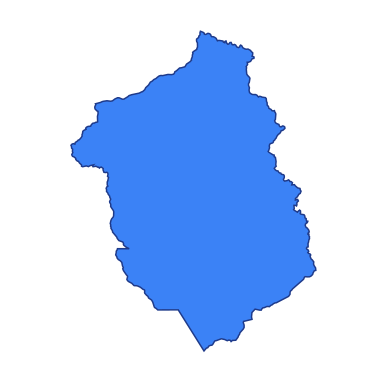 Figueirão, Mato Grosso do Sul, Brazil (Robinson projection), rotated 85°
{"feature_id": "56859067B26103695718582", "entity_name": "Figueirão", "entity_type": "district", "adm_level": 2, "iso_a3": "BRA", "parent_name": "Brazil", "parent_adm1": "Mato Grosso do Sul", "projection": "robinson", "projection_center": [-53.923, -18.769], "detail": "fine", "context": "isolated", "style": "filled", "palette": "blue", "viewbox_px": 384, "rotation_deg": 85, "n_neighbors": 0, "source": "geoboundaries", "source_scale": "gbopen_adm2", "svg_char_len": 5920}
<svg xmlns="http://www.w3.org/2000/svg" viewBox="0 0 384 384"><g transform="rotate(85 192 192)"><path d="M128.0,103.4L127.0,102.6L121.6,101.7L120.4,102.0L119.3,102.6L118.1,102.8L118.3,104.0L118.0,105.2L116.6,106.1L115.4,108.1L114.1,108.2L113.1,108.6L112.1,109.5L109.5,109.4L108.2,109.9L105.5,109.9L104.4,110.6L103.6,113.9L102.8,115.3L102.6,116.4L103.1,117.6L101.2,118.9L100.5,120.1L100.2,122.9L99.7,124.2L98.0,126.0L95.4,126.3L93.2,125.7L90.7,126.4L89.1,126.3L87.8,125.4L83.9,124.4L82.9,124.7L80.6,126.5L79.3,127.2L74.2,127.2L73.1,126.8L71.8,127.1L69.8,125.5L67.6,125.7L67.7,124.6L67.0,122.3L64.5,120.4L64.3,118.7L63.0,118.4L62.3,119.3L62.0,120.3L59.9,119.5L58.6,119.4L57.1,120.8L56.1,121.3L54.5,123.7L54.5,125.6L53.9,127.1L52.7,128.8L50.5,129.8L49.9,130.8L50.7,131.6L51.6,131.8L52.2,133.2L51.5,134.6L49.3,135.8L48.7,136.9L49.0,138.2L48.6,139.2L46.4,140.0L46.4,141.2L47.8,142.5L47.9,143.5L46.8,144.4L44.5,145.0L44.9,146.1L46.1,146.4L45.4,147.7L44.3,148.0L43.3,152.0L43.6,153.5L41.0,154.6L39.8,156.0L39.1,157.4L39.0,158.8L38.0,159.5L37.1,159.6L36.1,160.3L35.5,161.5L35.4,162.7L36.1,164.1L36.2,165.2L35.7,166.0L34.8,166.0L33.9,167.0L32.6,169.6L34.1,170.2L36.1,170.3L37.3,171.6L38.6,171.9L40.1,174.1L41.2,174.3L42.7,174.2L43.7,173.6L47.2,173.8L48.5,174.0L49.2,174.6L50.3,174.8L52.3,178.5L53.1,179.2L54.2,179.0L55.5,179.7L57.3,179.9L59.8,181.2L60.6,181.0L62.1,182.7L64.1,186.3L66.6,188.1L67.3,191.6L67.4,193.6L69.9,196.9L70.7,198.6L72.1,199.2L73.0,200.1L73.3,202.2L72.8,205.7L73.5,211.1L73.2,212.8L73.5,214.6L74.8,216.7L75.7,217.8L76.7,220.3L78.1,222.0L78.9,223.9L81.7,226.0L84.0,229.0L86.0,230.2L87.7,232.5L87.9,233.6L88.9,235.9L89.8,243.6L90.5,246.4L91.4,247.5L93.5,251.7L93.5,253.2L91.8,256.4L91.6,257.9L92.6,260.7L94.2,263.2L94.5,265.0L93.7,268.8L93.9,272.2L94.1,273.5L94.8,275.4L95.7,280.5L96.5,280.2L98.4,281.3L99.6,281.5L100.9,281.3L103.0,279.6L103.5,278.6L106.0,278.8L108.4,279.6L113.9,279.9L114.2,281.0L114.2,282.0L114.8,283.1L114.8,284.7L115.6,285.8L116.7,286.8L117.6,287.2L117.6,289.8L118.2,291.4L119.2,292.4L120.2,292.0L121.4,294.8L122.1,295.5L124.2,296.0L125.4,296.6L126.7,296.6L128.1,297.6L130.1,299.7L130.4,300.9L131.2,301.6L132.5,304.0L134.1,304.5L133.5,305.9L133.8,307.3L134.9,308.5L136.3,308.1L137.8,308.1L138.9,307.2L141.2,307.6L142.3,307.3L144.2,308.5L145.3,308.3L146.1,307.8L146.7,306.6L148.3,304.9L149.2,305.0L150.3,304.4L151.2,303.5L151.6,302.4L153.3,301.6L155.4,299.7L156.7,299.8L157.3,298.7L156.8,295.0L157.7,292.9L156.9,291.4L156.4,287.9L157.2,288.8L158.2,288.4L158.0,285.7L158.3,284.8L159.0,283.9L159.2,282.8L160.1,282.2L159.4,281.1L159.3,280.1L160.9,278.4L162.2,278.7L164.7,278.0L165.1,276.4L164.9,275.1L165.7,274.3L166.9,274.1L169.0,274.8L170.2,273.9L173.4,274.9L174.7,275.6L177.6,275.8L178.8,275.3L179.5,276.4L180.8,277.2L182.4,276.9L184.1,277.1L185.5,276.0L186.9,275.7L188.7,274.5L190.3,274.3L192.0,273.6L194.3,274.9L195.5,274.8L196.5,274.2L197.9,274.0L199.0,274.3L200.0,274.0L203.8,271.9L204.9,271.7L209.0,272.2L210.1,272.7L211.8,274.4L213.4,275.3L216.3,276.2L217.7,275.8L219.0,276.1L220.0,275.7L221.1,275.9L223.8,274.6L225.0,274.6L230.3,270.9L231.8,270.5L234.0,269.1L235.8,265.3L237.4,264.7L238.4,264.9L239.2,264.5L241.3,262.3L243.0,259.5L242.0,271.2L243.3,271.7L244.3,272.6L245.9,272.8L248.0,273.5L250.1,272.5L251.2,272.4L252.9,271.3L254.3,269.4L256.0,268.1L259.5,267.7L261.4,267.0L262.4,267.7L264.4,267.1L268.8,264.6L270.0,263.6L270.9,263.6L273.4,264.5L274.6,264.0L275.7,263.0L277.7,259.9L280.1,258.0L280.4,257.0L280.4,255.9L280.9,254.3L282.4,251.7L284.7,249.3L285.4,247.9L286.4,247.7L287.7,248.0L288.7,247.9L290.9,246.3L292.1,245.0L293.8,244.5L296.1,241.7L298.3,240.7L303.3,239.6L304.1,239.0L304.8,237.9L306.5,236.4L308.2,216.0L351.4,193.9L348.8,191.3L348.5,189.9L346.9,188.6L346.4,187.1L346.3,185.4L345.5,184.5L342.9,182.7L342.2,181.9L342.2,180.8L340.8,175.6L341.8,172.3L343.2,169.9L342.7,168.1L343.2,166.7L344.4,166.1L343.4,164.7L343.5,161.3L340.5,158.7L339.4,158.3L337.8,157.0L336.4,156.5L333.0,152.9L331.5,151.9L329.1,151.7L326.5,152.3L325.4,151.9L324.1,143.3L321.7,143.6L317.3,142.8L314.2,139.4L315.6,134.8L315.7,133.3L314.4,132.5L313.6,131.5L313.5,130.1L312.6,127.4L312.7,126.0L313.0,124.9L311.7,123.2L311.4,122.0L310.3,120.5L309.7,118.8L309.7,117.7L304.4,104.9L302.5,103.3L300.2,103.0L299.2,102.4L298.3,101.1L297.3,100.3L288.7,88.5L286.8,87.5L286.2,86.7L286.6,84.4L286.7,82.2L286.1,80.7L284.7,79.0L283.1,78.4L281.1,77.0L280.9,75.5L278.4,75.5L275.9,76.8L274.4,77.2L272.2,76.8L270.0,78.2L268.9,79.3L265.9,80.0L265.1,79.2L264.0,79.8L263.3,81.2L262.4,81.9L261.4,80.9L259.9,81.3L259.1,82.5L258.0,82.9L257.0,82.2L256.8,81.1L253.3,80.9L252.4,80.4L249.8,79.7L248.8,79.0L247.9,79.1L246.9,78.8L245.7,79.4L244.2,79.2L244.0,80.2L243.0,79.9L242.0,78.7L240.2,79.0L237.9,80.4L237.3,81.3L236.3,81.8L235.0,82.1L233.7,81.7L232.5,79.8L231.5,79.3L231.6,80.4L230.7,80.1L229.9,80.7L228.4,80.6L227.6,81.7L225.7,81.7L224.4,82.4L223.6,85.4L223.0,86.1L221.8,85.6L220.2,85.6L219.4,86.4L220.6,88.2L221.3,88.7L219.2,91.6L218.4,92.3L217.5,91.6L214.2,91.6L214.3,90.1L215.0,89.1L213.9,88.6L212.7,88.6L211.5,88.3L210.2,86.8L208.6,87.4L209.0,89.7L207.5,89.5L205.9,87.4L203.7,85.9L202.8,84.3L200.7,83.3L199.3,84.0L197.9,84.1L197.1,86.4L194.9,88.5L193.6,89.3L193.6,92.0L191.5,91.1L190.3,92.3L190.1,93.6L189.0,94.0L188.3,94.9L188.9,96.1L189.2,98.7L188.4,99.6L187.2,99.8L186.1,99.0L185.0,98.7L183.8,98.7L182.8,99.2L182.1,101.4L180.9,101.9L180.6,103.2L179.7,104.0L178.5,104.5L178.2,105.9L177.3,107.0L175.6,108.0L174.5,107.0L173.7,105.9L172.2,106.2L169.0,105.6L164.7,105.9L164.0,107.0L162.4,106.9L161.9,108.3L159.2,111.9L158.2,112.6L157.2,111.9L154.7,110.9L152.9,111.0L151.6,110.6L150.7,109.8L150.1,107.3L149.3,106.6L148.2,106.3L147.5,105.1L146.4,104.4L145.8,103.6L143.9,102.6L142.0,100.9L141.4,99.6L140.1,98.5L138.7,97.8L138.5,96.2L136.8,93.9L135.4,93.9L134.4,94.9L134.1,96.1L134.9,97.6L134.6,98.6L133.5,99.3L132.3,99.5L130.9,102.2L129.4,103.2L128.0,103.4Z" fill="#3b82f6" stroke="#1e3a8a" stroke-width="1.5"/></g></svg>